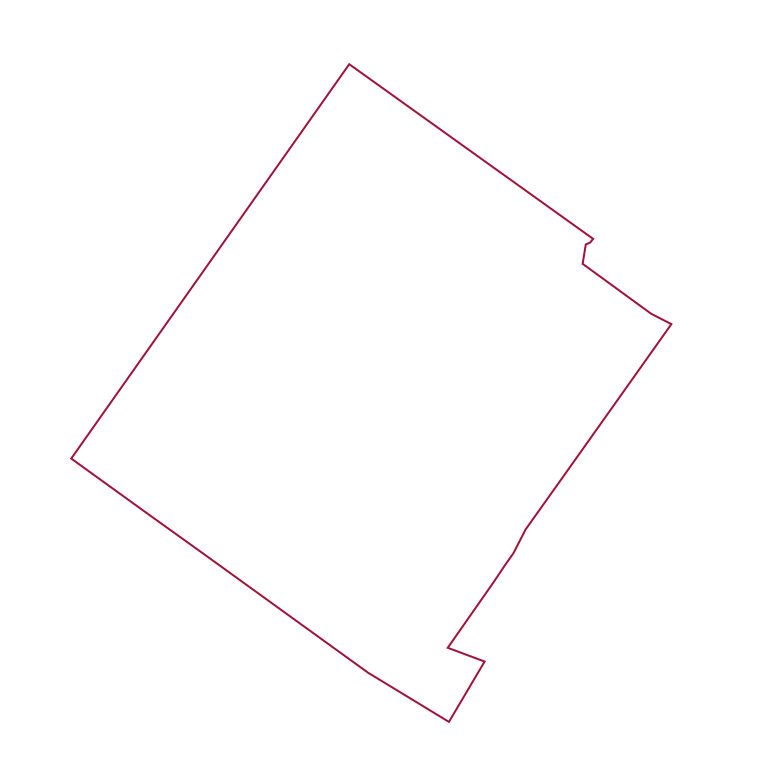 Warren, Ohio, United States of America, rotated 211°
{"feature_id": "52423323B78802175284896", "entity_name": "Warren", "entity_type": "district", "adm_level": 2, "iso_a3": "USA", "parent_name": "United States of America", "parent_adm1": "Ohio", "projection": "mercator", "projection_center": [-84.252, 39.422], "detail": "fine", "context": "isolated", "style": "outline", "palette": "rose", "viewbox_px": 768, "rotation_deg": 211, "n_neighbors": 0, "source": "geoboundaries", "source_scale": "gbopen_adm2", "svg_char_len": 406}
<svg xmlns="http://www.w3.org/2000/svg" viewBox="0 0 768 768"><g transform="rotate(211 384 384)"><path d="M451.4,145.5L248.8,128.3L154.3,127.8L154.8,197.9L193.5,190.7L188.0,270.3L186.9,292.2L185.9,305.8L187.7,332.3L182.5,399.4L168.5,583.3L191.1,581.8L275.6,589.3L282.9,607.5L280.1,611.6L279.5,616.1L578.5,640.2L613.7,159.0L519.2,151.0L451.4,145.5Z" fill="none" stroke="#9f1239" stroke-width="2"/></g></svg>